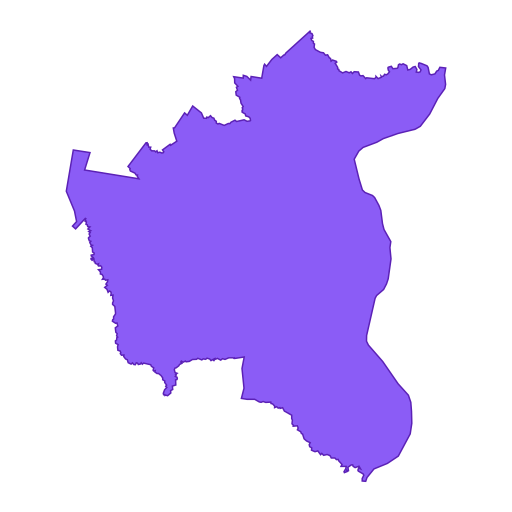 Colón, Entre Ríos, Argentina (Albers equal-area conic projection)
{"feature_id": "61730980B75281068807854", "entity_name": "Colón", "entity_type": "district", "adm_level": 2, "iso_a3": "ARG", "parent_name": "Argentina", "parent_adm1": "Entre Ríos", "projection": "albers", "projection_center": [-58.335, -32.025], "detail": "fine", "context": "isolated", "style": "filled", "palette": "violet", "viewbox_px": 512, "rotation_deg": 0, "n_neighbors": 0, "source": "geoboundaries", "source_scale": "gbopen_adm2", "svg_char_len": 5963}
<svg xmlns="http://www.w3.org/2000/svg" viewBox="0 0 512 512"><path d="M310.5,30.7L285.9,53.0L284.7,54.9L283.8,55.0L280.7,57.8L277.2,54.6L271.8,59.5L266.5,66.4L264.6,64.2L263.9,65.6L261.7,78.2L251.1,76.5L250.6,80.1L246.8,76.4L243.3,75.3L243.2,78.1L233.7,76.7L234.6,78.6L234.7,82.9L237.9,86.3L236.4,87.3L237.5,90.2L235.8,91.7L236.2,95.1L239.8,97.3L239.6,98.6L240.5,99.8L241.0,103.1L243.2,106.6L242.2,107.8L242.8,109.0L242.0,110.9L242.5,111.1L242.2,112.2L245.3,114.0L245.7,115.9L248.7,116.8L250.2,118.3L250.5,120.5L250.0,120.9L247.0,121.3L244.1,119.8L236.6,121.5L235.0,120.2L231.0,122.2L229.9,123.6L228.3,123.5L224.2,125.4L219.2,123.4L217.9,124.0L216.3,123.1L216.3,121.3L214.7,120.2L213.9,118.2L212.0,117.5L210.5,115.7L208.3,117.6L206.8,117.1L206.5,118.3L203.7,118.2L201.4,112.9L192.7,106.0L187.3,115.3L184.6,112.9L174.6,127.8L173.3,128.0L174.2,133.1L176.8,141.2L170.6,145.3L170.1,144.3L162.5,149.9L163.8,151.8L163.1,152.8L161.8,153.0L159.9,152.2L157.7,152.7L157.0,150.8L155.7,151.9L154.6,150.9L151.6,150.8L150.1,149.1L150.7,147.2L148.7,147.1L148.2,144.7L147.5,144.9L147.8,143.9L147.0,143.9L147.1,142.7L146.0,142.8L128.0,166.5L130.2,168.6L129.8,169.5L130.4,171.0L134.9,173.1L136.2,175.0L137.5,175.1L137.2,176.1L138.9,178.8L84.6,170.0L90.0,152.6L73.3,150.0L66.3,191.2L74.5,211.0L76.6,221.6L72.5,226.1L75.6,228.9L85.3,218.4L85.8,218.7L85.0,219.9L85.8,220.8L85.2,221.2L86.4,222.0L86.0,224.3L87.3,224.8L87.7,226.6L89.9,226.9L87.9,229.0L90.7,230.7L88.8,231.6L90.2,232.5L89.1,234.0L90.2,236.2L88.5,237.7L88.5,238.6L89.3,240.8L90.8,241.3L89.8,242.6L91.1,245.0L92.3,245.3L90.8,246.3L92.3,247.7L92.6,252.0L94.2,253.1L93.9,254.6L91.2,255.1L91.2,255.9L93.3,257.6L93.1,258.3L91.2,258.3L90.9,258.9L92.1,260.3L93.9,259.0L94.2,261.7L95.1,262.1L95.3,263.4L97.5,264.3L98.5,263.8L98.1,265.6L98.9,266.1L100.6,265.7L101.8,267.2L101.6,269.3L98.5,269.7L100.4,271.8L100.4,274.0L102.0,274.4L103.3,276.5L103.4,277.7L102.4,279.3L104.7,279.1L105.5,280.2L107.8,279.8L107.5,281.8L105.9,284.1L107.3,285.3L104.7,287.4L107.0,289.3L108.1,292.3L109.4,291.0L110.7,291.7L111.2,293.0L110.8,295.4L113.0,295.1L112.6,298.0L113.5,300.9L112.6,302.9L112.6,304.4L114.8,306.4L115.5,312.5L115.5,314.0L113.6,316.7L113.6,319.1L112.7,319.7L112.4,321.2L115.6,323.3L117.0,323.0L117.8,326.0L115.3,327.8L115.8,332.2L117.2,333.7L116.6,335.8L117.7,337.1L116.8,337.7L116.6,340.0L115.4,340.9L115.6,343.2L118.1,344.6L117.5,346.9L117.9,350.3L120.1,351.0L120.8,352.7L120.3,353.6L121.5,355.2L123.9,355.0L123.7,356.5L125.6,359.0L127.3,359.7L128.2,362.7L131.1,364.1L132.5,362.9L133.8,364.5L135.3,364.7L136.3,362.8L137.6,363.2L138.3,364.5L140.4,364.0L141.2,362.8L142.3,364.2L143.6,363.1L150.7,364.7L151.4,366.3L153.7,367.8L153.1,370.2L153.7,371.0L155.2,370.6L154.9,372.0L157.0,373.5L158.5,373.5L161.0,375.5L162.7,377.9L162.7,379.7L164.8,381.0L164.7,382.5L166.6,385.1L165.7,386.3L166.8,387.4L164.6,389.8L163.3,393.3L163.6,394.7L164.6,394.6L164.9,395.5L165.7,395.1L167.6,395.7L170.8,393.0L170.6,390.6L172.7,389.5L172.4,386.1L175.8,385.0L175.6,379.9L177.0,379.5L177.3,378.3L177.0,377.2L175.3,376.4L176.2,375.0L175.6,374.4L177.1,373.3L175.1,372.6L174.3,369.8L174.9,368.1L176.2,367.8L178.8,365.8L179.5,364.5L181.9,363.3L180.8,362.0L181.4,361.1L183.1,362.2L185.4,361.1L186.1,361.8L189.3,361.4L192.4,359.5L196.5,359.3L197.8,358.3L201.8,359.9L203.2,358.9L205.7,359.3L207.0,358.2L209.7,359.0L211.0,360.6L212.6,359.6L213.9,360.6L214.3,360.0L214.0,358.9L215.2,358.4L215.6,359.2L217.5,358.4L220.7,360.1L222.5,358.7L225.0,359.4L228.8,357.8L233.1,357.8L234.0,358.4L234.4,357.9L235.0,358.4L244.2,357.0L242.0,368.5L244.0,388.2L241.4,398.4L247.0,399.3L254.7,399.3L259.2,401.9L261.1,402.3L263.1,401.5L265.7,402.4L270.8,402.1L271.0,403.5L272.6,403.9L274.6,406.0L274.6,407.6L276.6,406.7L278.2,408.1L279.9,407.6L280.2,408.4L282.6,407.7L284.4,411.1L291.7,415.2L291.7,418.6L292.4,420.1L292.0,423.8L293.3,425.2L293.2,426.2L297.3,425.8L298.2,428.0L297.4,429.8L300.7,431.7L301.4,433.5L302.6,434.1L304.1,438.8L306.6,441.0L310.2,442.7L309.2,444.7L309.7,446.7L311.7,447.8L311.5,450.2L315.0,451.7L317.8,450.9L320.6,454.7L321.8,453.4L323.6,455.3L327.1,454.5L330.0,455.6L331.3,458.0L334.9,458.0L336.4,459.6L338.2,459.4L338.7,460.8L342.0,464.4L341.0,466.4L346.2,466.4L345.8,468.6L344.0,471.7L344.4,472.6L347.0,471.6L346.8,470.3L347.8,471.1L348.5,470.7L347.9,467.3L351.3,464.9L352.7,464.9L353.1,466.3L355.1,467.6L359.0,466.2L360.5,468.8L358.7,467.9L357.9,470.1L358.3,471.1L363.1,473.9L363.8,475.2L362.2,478.5L362.2,481.0L365.7,481.3L367.0,477.5L374.0,468.9L387.4,463.4L398.3,456.1L410.2,433.9L411.8,423.3L411.5,411.4L410.8,402.3L408.4,395.2L398.1,383.8L382.7,361.5L368.4,345.1L366.5,341.2L366.6,335.5L375.1,298.3L376.6,295.5L383.6,289.5L386.5,283.9L388.2,278.8L391.0,258.9L389.9,247.6L390.8,241.6L384.0,229.5L382.5,223.7L380.8,210.4L378.9,205.4L374.6,197.5L372.5,195.5L365.0,192.5L362.4,190.0L359.0,178.9L354.2,159.2L358.8,151.1L363.1,147.4L376.9,142.2L383.3,138.6L397.9,133.5L415.2,129.2L420.3,126.3L429.7,114.0L437.8,98.4L444.8,88.6L445.6,84.4L444.5,75.0L445.7,68.0L439.9,67.3L438.3,70.4L436.7,71.1L434.9,73.9L431.3,74.8L429.4,73.9L428.1,67.4L427.0,65.8L421.4,63.5L419.2,62.9L418.7,63.4L418.5,66.6L421.0,69.9L420.2,71.8L418.8,72.4L416.3,72.1L416.9,69.4L415.2,66.5L413.0,67.1L410.2,69.4L407.8,70.0L406.7,65.6L403.1,63.8L401.4,64.7L399.7,64.0L398.5,64.7L397.9,67.6L397.2,68.3L392.9,68.7L391.3,66.3L388.3,67.2L387.9,67.9L388.3,70.2L389.5,71.8L387.7,74.0L386.3,74.8L384.6,74.3L383.5,76.1L381.6,76.6L381.1,76.1L381.4,77.3L378.1,78.6L376.0,76.4L376.0,77.3L374.5,78.7L366.6,77.8L365.7,78.6L363.0,75.6L360.9,75.9L359.6,75.2L358.4,72.0L354.2,71.7L352.4,73.5L351.0,71.8L349.2,72.8L346.0,71.5L342.6,72.9L339.0,70.7L338.8,69.4L337.6,68.9L337.7,67.4L335.2,63.3L336.8,62.1L336.3,61.3L332.5,60.0L331.1,61.1L330.5,58.4L329.4,57.9L327.6,54.8L325.4,55.2L323.5,52.8L320.4,52.3L315.4,49.6L314.1,47.4L314.5,44.0L313.4,43.3L313.4,41.4L311.8,40.5L311.0,38.4L312.6,38.1L312.3,36.6L312.9,35.7L312.0,33.6L309.7,32.7L310.5,30.7Z" fill="#8b5cf6" stroke="#5b21b6" stroke-width="1.5"/></svg>